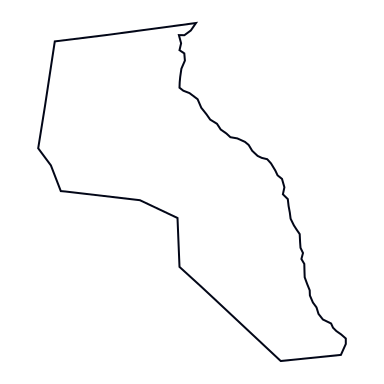 outline of Hugo Napoleão, Piauí, Brazil
{"feature_id": "56859067B35812474417973", "entity_name": "Hugo Napoleão", "entity_type": "district", "adm_level": 2, "iso_a3": "BRA", "parent_name": "Brazil", "parent_adm1": "Piauí", "projection": "orthographic", "projection_center": [-42.465, -6.043], "detail": "fine", "context": "isolated", "style": "outline", "palette": "ink", "viewbox_px": 384, "rotation_deg": 0, "n_neighbors": 0, "source": "geoboundaries", "source_scale": "gbopen_adm2", "svg_char_len": 1026}
<svg xmlns="http://www.w3.org/2000/svg" viewBox="0 0 384 384"><path d="M54.8,41.4L45.0,105.9L38.2,148.3L50.9,165.4L60.8,191.1L65.4,191.5L139.9,200.2L177.5,218.0L179.5,266.9L201.8,287.2L216.4,300.8L280.7,361.0L340.9,354.9L345.8,344.0L345.8,338.5L341.1,334.4L336.4,331.1L333.0,327.7L331.1,323.5L322.9,319.5L318.5,313.9L316.5,307.4L312.9,302.5L309.9,295.5L309.7,290.3L307.2,284.1L304.7,277.3L304.5,271.8L304.3,263.9L301.4,259.0L303.0,253.0L300.5,247.8L300.1,242.2L299.7,234.1L296.6,229.6L293.9,225.4L290.6,218.7L289.8,212.5L288.6,206.1L287.8,199.1L282.9,194.3L284.4,187.3L282.0,178.9L277.6,175.4L275.3,170.5L271.0,163.4L267.2,159.2L261.8,157.9L257.6,155.9L252.2,150.8L248.7,145.0L245.0,141.9L237.3,138.4L230.4,137.2L226.4,133.5L220.7,129.5L217.0,123.8L210.2,119.6L206.4,114.2L201.3,107.8L197.6,99.2L189.5,93.1L183.3,90.7L179.5,87.7L179.7,82.3L180.2,76.9L181.4,68.7L184.9,60.6L184.3,53.4L179.5,50.2L181.1,43.3L178.9,35.1L184.4,35.2L190.8,30.5L196.0,23.0L105.2,35.2L54.8,41.4Z" fill="none" stroke="#020617" stroke-width="2"/></svg>